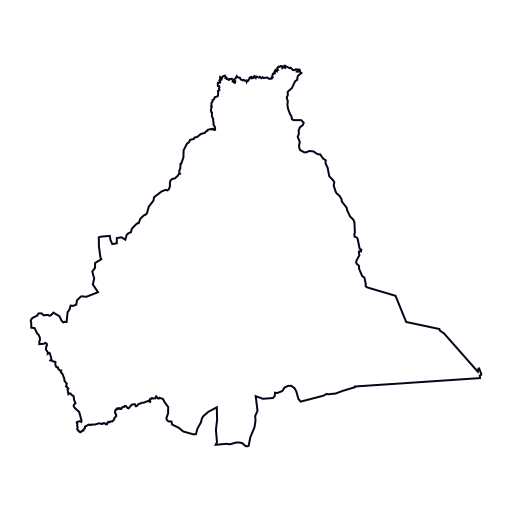 outline of Nyagatare, Eastern, Rwanda
{"feature_id": "39286606B31387731734731", "entity_name": "Nyagatare", "entity_type": "district", "adm_level": 2, "iso_a3": "RWA", "parent_name": "Rwanda", "parent_adm1": "Eastern", "projection": "robinson", "projection_center": [30.27, -1.298], "detail": "fine", "context": "isolated", "style": "outline", "palette": "ink", "viewbox_px": 512, "rotation_deg": 0, "n_neighbors": 0, "source": "geoboundaries", "source_scale": "gbopen_adm2", "svg_char_len": 5896}
<svg xmlns="http://www.w3.org/2000/svg" viewBox="0 0 512 512"><path d="M104.2,423.1L106.1,424.3L107.2,423.1L107.4,423.5L108.3,421.8L109.8,422.2L110.5,421.4L112.1,421.5L114.1,419.6L114.1,418.5L116.3,416.0L115.8,414.8L116.1,414.3L114.9,412.6L115.3,410.2L116.1,409.4L116.2,409.8L117.6,409.0L117.6,408.3L118.9,408.2L119.0,408.6L119.6,408.2L120.5,408.4L120.2,408.9L121.2,409.0L122.5,407.1L124.1,406.9L124.6,406.0L125.7,406.0L127.6,408.0L128.6,408.3L131.8,404.6L134.8,404.2L135.9,406.3L136.5,406.2L138.8,403.9L140.7,403.5L141.4,402.9L143.9,402.6L148.5,400.8L150.0,402.0L150.3,401.6L149.8,399.6L150.2,398.8L151.2,398.9L152.0,398.0L152.8,398.5L155.4,398.3L156.2,396.4L158.0,398.4L158.8,398.6L159.5,397.8L163.0,399.0L164.7,402.4L168.2,407.0L168.1,413.3L166.4,418.1L166.9,420.1L168.6,421.4L171.4,421.5L172.1,424.5L178.9,427.9L183.3,431.5L193.2,434.3L195.9,434.2L197.5,428.5L200.9,422.4L202.0,418.3L203.2,416.3L208.2,411.9L216.8,407.3L217.1,419.8L215.9,429.9L217.0,442.0L215.7,444.8L226.6,443.8L229.9,444.3L236.3,442.5L239.5,442.5L242.5,443.3L245.5,446.1L247.4,446.3L248.6,445.9L250.4,437.0L254.5,427.3L255.5,420.6L255.2,415.9L257.5,410.8L255.7,396.2L262.9,398.8L273.0,398.0L274.7,396.0L275.0,392.7L277.3,393.0L281.7,391.3L282.9,390.3L284.3,387.7L288.0,385.9L291.3,385.8L294.6,388.3L296.3,391.4L298.4,398.9L300.7,401.6L323.4,395.7L326.6,393.9L328.1,394.3L335.7,393.5L342.3,391.0L354.9,387.2L354.9,386.5L480.0,378.1L479.8,375.6L481.2,374.7L481.3,374.0L479.1,368.4L478.5,368.6L477.8,371.7L444.0,333.4L440.0,330.7L439.3,329.0L406.2,322.0L395.5,295.8L369.5,288.1L366.6,287.1L365.6,286.1L365.8,284.1L364.4,277.6L362.2,276.1L359.0,268.6L359.1,266.3L358.5,265.3L356.8,263.9L356.1,262.5L356.5,260.6L359.4,255.2L358.8,252.0L359.3,251.2L361.0,251.4L361.3,249.7L359.6,248.6L357.6,238.6L356.5,237.4L354.6,236.7L354.3,234.6L354.9,232.3L354.4,222.1L353.3,219.7L350.0,216.4L347.1,210.1L346.7,207.8L341.8,201.5L341.6,199.3L339.6,196.0L336.5,193.2L335.6,191.5L333.7,185.6L334.3,182.2L333.2,180.4L329.3,176.3L327.6,167.8L325.5,163.1L325.8,160.4L323.1,158.6L320.2,154.4L318.5,154.4L315.9,153.2L313.7,151.5L311.6,151.2L309.3,151.0L306.5,152.2L304.4,152.4L300.3,150.2L299.3,148.1L299.0,145.3L299.8,142.1L297.7,136.7L298.8,134.2L298.7,130.5L299.8,127.4L302.9,125.0L303.7,122.6L301.1,120.1L293.5,120.1L292.0,119.3L291.5,116.4L289.9,113.8L288.0,108.6L287.4,104.8L287.8,101.3L286.7,97.4L287.8,95.3L287.7,91.8L291.9,88.1L295.1,81.3L297.3,79.8L297.4,77.4L298.0,75.8L301.4,73.0L299.7,71.5L299.9,70.1L299.2,69.6L298.2,70.4L298.2,71.6L297.4,71.7L297.0,71.6L297.8,70.4L297.7,69.5L295.6,69.3L294.8,70.2L292.9,70.0L290.7,67.8L289.9,68.2L286.4,66.6L285.9,66.7L285.9,67.5L285.3,65.8L284.5,65.7L283.9,66.8L284.4,67.7L283.6,67.5L283.4,66.6L282.5,66.5L282.6,67.7L282.3,68.0L281.8,66.2L280.7,66.0L279.6,66.9L278.7,66.5L277.3,68.0L277.9,69.8L277.1,69.7L276.9,71.4L276.2,71.1L276.6,69.4L275.2,70.2L274.0,73.0L275.7,73.2L272.9,73.8L272.2,76.4L272.7,77.5L271.6,77.8L271.5,78.7L269.1,78.8L267.0,77.5L263.4,78.1L262.6,77.2L261.3,78.2L259.9,76.8L258.9,77.6L256.5,76.5L256.0,76.5L255.7,77.8L254.3,76.1L253.4,77.0L253.9,77.7L251.8,78.4L251.5,78.3L251.8,77.1L251.0,76.8L249.4,78.0L249.2,79.2L247.9,80.9L247.2,80.6L246.7,81.8L246.3,80.5L245.0,80.9L243.9,79.9L243.2,80.0L243.1,81.0L242.8,80.3L240.7,79.4L240.0,77.9L237.8,77.3L236.8,76.1L235.6,78.4L233.6,79.7L234.0,80.6L235.3,81.2L234.9,82.8L233.8,82.4L233.6,81.6L232.7,81.5L232.6,79.9L231.8,78.8L229.6,79.0L229.1,79.8L229.3,80.6L228.2,79.2L226.7,79.1L226.6,77.9L225.4,77.9L225.6,76.7L224.8,75.6L222.6,76.5L221.8,78.7L220.2,77.1L220.0,78.0L220.8,79.8L219.7,79.9L219.4,80.4L220.3,82.1L220.1,82.6L218.0,82.7L217.7,84.7L217.9,86.0L219.1,86.1L219.4,87.7L218.9,88.9L219.4,90.1L217.9,91.1L218.2,92.5L217.9,95.8L217.4,96.4L214.8,97.2L214.0,99.2L212.5,100.1L212.7,101.3L211.4,103.0L211.5,105.5L211.1,106.2L211.8,106.9L211.0,109.1L210.9,110.8L211.3,112.1L212.0,112.5L211.9,116.2L213.2,119.2L213.2,121.8L213.7,122.9L213.4,124.5L214.8,126.7L215.1,129.8L214.2,130.0L212.8,128.8L211.8,129.5L211.2,129.0L208.6,129.6L207.6,130.0L207.4,130.8L205.9,131.5L204.8,132.9L200.8,134.0L197.1,137.0L194.4,137.6L194.0,138.8L190.0,139.9L189.2,142.0L186.9,143.8L183.6,150.3L183.4,157.5L181.2,163.8L180.5,163.8L180.3,168.5L179.3,170.6L179.3,172.7L180.0,173.7L178.8,174.1L177.3,176.3L174.5,178.6L172.5,178.8L170.5,180.4L169.9,182.6L169.9,186.7L168.8,189.2L167.5,190.4L165.5,189.9L161.7,191.4L154.1,197.2L153.4,200.7L148.8,206.6L147.0,213.1L145.6,214.7L144.1,215.2L140.3,218.7L138.7,223.2L137.7,223.1L136.0,224.4L132.6,227.9L131.6,229.4L131.0,232.2L128.2,233.4L126.7,234.9L125.3,239.7L121.6,237.3L116.8,238.1L116.8,243.3L112.3,244.1L110.4,239.8L109.8,235.9L101.5,236.6L98.8,237.3L98.9,246.0L100.4,257.3L101.3,259.2L95.1,263.0L95.0,267.9L92.3,271.6L94.2,278.6L92.8,284.4L98.0,292.2L86.3,296.8L81.7,296.3L80.8,296.6L77.0,300.3L76.2,304.7L73.1,305.9L70.6,305.6L69.5,309.6L67.6,312.2L66.6,322.0L64.6,321.8L63.2,322.4L61.4,320.4L59.5,316.3L53.4,312.6L51.2,315.0L49.7,315.8L47.8,314.9L43.7,315.3L41.6,313.4L38.7,313.4L37.8,314.2L37.4,315.5L32.5,317.9L31.1,319.6L30.7,321.0L31.2,322.8L31.3,327.7L34.6,328.1L37.0,333.2L38.3,334.4L39.7,337.1L40.0,339.7L39.4,341.1L39.3,344.1L43.7,343.8L45.3,342.9L46.7,343.7L47.0,345.4L46.3,346.3L45.9,349.4L48.0,352.8L47.8,353.8L49.4,352.9L49.9,353.4L51.5,359.1L50.4,360.4L55.4,362.0L55.3,364.7L56.4,367.2L57.9,367.3L58.4,369.1L60.2,370.7L61.2,370.6L60.9,372.3L62.4,373.8L64.3,378.7L64.5,380.8L66.8,383.8L66.0,386.4L66.7,386.6L68.3,388.5L67.5,389.1L68.4,394.2L69.6,393.4L70.5,393.5L71.3,394.7L73.6,396.1L74.1,400.1L75.5,403.1L73.9,404.8L73.6,405.9L74.9,408.1L79.2,412.0L81.5,420.6L81.3,421.9L79.8,421.2L77.0,422.0L76.7,422.5L77.4,424.0L77.1,425.8L77.7,426.9L77.2,428.7L77.7,430.3L78.4,430.3L79.3,431.8L80.8,432.2L81.6,431.1L83.4,430.5L83.3,429.6L84.9,428.4L84.9,426.7L88.8,424.6L90.7,425.1L91.0,424.6L95.1,424.5L98.9,423.3L102.2,424.0L102.2,423.5L104.2,423.1Z" fill="none" stroke="#020617" stroke-width="2"/></svg>